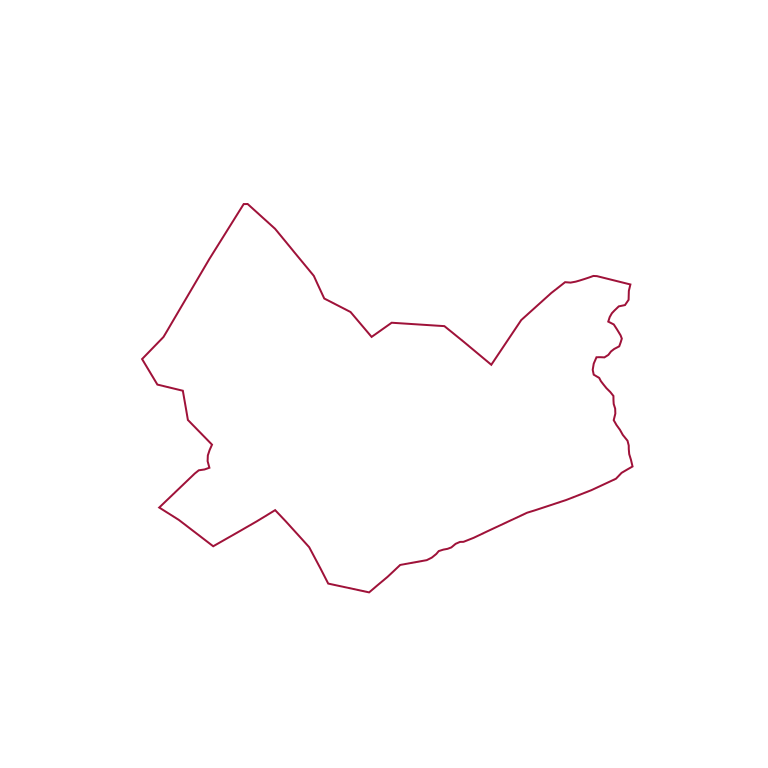 outline of Jaicós, Piauí, Brazil, rotated 228°
{"feature_id": "56859067B77828111309856", "entity_name": "Jaicós", "entity_type": "district", "adm_level": 2, "iso_a3": "BRA", "parent_name": "Brazil", "parent_adm1": "Piauí", "projection": "mercator", "projection_center": [-41.242, -7.409], "detail": "fine", "context": "isolated", "style": "outline", "palette": "rose", "viewbox_px": 768, "rotation_deg": 228, "n_neighbors": 0, "source": "geoboundaries", "source_scale": "gbopen_adm2", "svg_char_len": 1702}
<svg xmlns="http://www.w3.org/2000/svg" viewBox="0 0 768 768"><g transform="rotate(228 384 384)"><path d="M564.4,220.9L535.2,215.2L513.6,230.0L496.7,219.4L488.5,214.2L454.0,215.6L451.6,210.2L448.8,205.3L444.7,201.3L438.6,198.2L440.6,193.4L443.8,188.6L444.1,183.4L442.6,134.3L420.2,140.6L377.7,148.5L370.9,179.6L369.7,185.3L367.1,197.4L363.1,218.7L347.8,219.1L323.1,219.2L312.8,219.2L289.2,213.3L273.0,209.0L239.1,233.5L238.8,244.2L238.3,257.8L238.7,275.0L224.5,297.9L223.0,303.3L222.7,309.1L223.2,312.9L221.2,317.3L219.0,320.9L217.5,324.7L217.3,330.3L215.8,334.8L213.5,337.5L209.7,347.7L205.6,361.5L192.6,404.2L189.2,411.5L182.5,426.7L178.0,437.0L176.0,441.5L166.4,466.9L158.4,493.0L159.0,501.1L157.7,507.5L156.4,513.5L162.4,516.8L167.8,519.3L171.9,522.4L174.5,524.7L178.9,527.0L186.4,527.4L192.1,528.7L197.8,529.3L203.4,530.5L207.2,536.1L211.0,539.3L215.4,541.3L218.3,543.6L221.6,546.5L226.7,546.8L232.1,546.5L237.4,546.8L241.1,547.1L244.5,548.0L250.6,546.1L254.9,548.6L258.8,553.5L261.7,559.8L259.0,562.9L256.3,565.6L255.5,570.2L256.3,574.5L256.0,578.5L254.6,584.0L256.5,587.6L258.6,591.1L261.9,592.4L268.8,593.7L274.5,594.6L280.3,592.4L282.7,596.5L284.1,600.7L284.4,604.4L284.6,610.4L281.4,615.9L282.9,622.1L289.4,628.3L293.1,633.7L321.7,614.4L324.2,611.9L326.0,607.5L327.8,603.4L330.0,598.6L331.8,594.9L334.5,590.5L338.5,586.7L339.7,569.2L339.7,543.8L339.7,528.8L326.5,476.6L361.9,471.5L386.6,467.6L391.5,462.8L424.4,430.7L427.3,406.3L440.0,406.7L459.9,407.3L475.7,401.3L487.5,396.8L503.1,401.6L511.3,404.2L541.8,405.5L545.5,405.7L572.2,406.9L609.0,403.1L611.6,400.1L607.3,385.1L593.8,338.0L571.1,266.2L568.8,259.0L566.5,251.6L564.4,220.9Z" fill="none" stroke="#9f1239" stroke-width="2"/></g></svg>